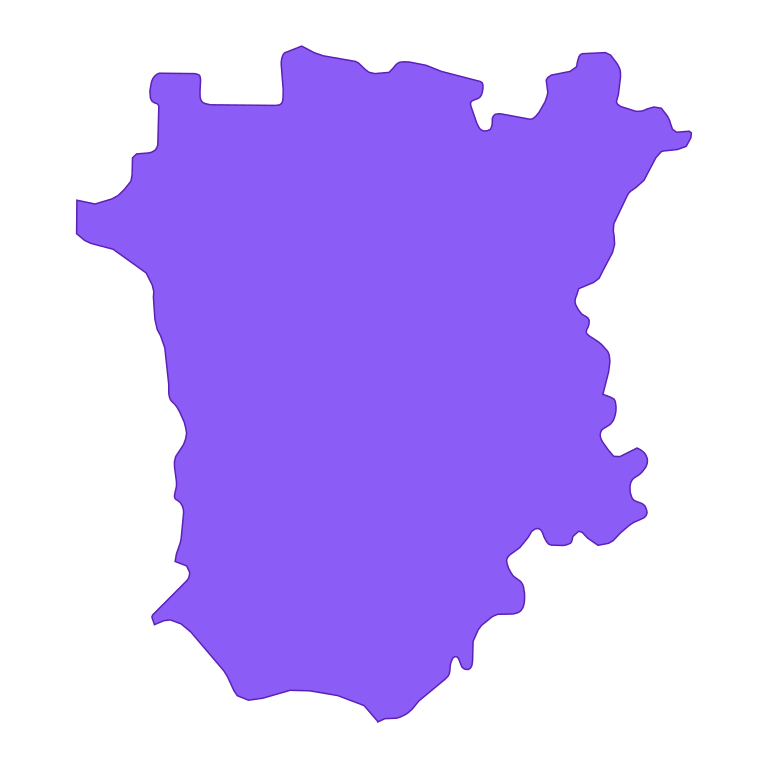 the border of Chechnya
{"feature_id": "RUS-2416", "entity_name": "Chechnya", "entity_type": "Republic", "adm_level": 1, "iso_a3": "RUS", "parent_name": "Russia", "parent_adm1": "", "projection": "equal_earth", "projection_center": [45.92, 43.243], "detail": "fine", "context": "isolated", "style": "filled", "palette": "violet", "viewbox_px": 768, "rotation_deg": 0, "n_neighbors": 0, "source": "natural_earth", "source_scale": "10m", "svg_char_len": 4794}
<svg xmlns="http://www.w3.org/2000/svg" viewBox="0 0 768 768"><path d="M248.5,700.2L237.3,695.7L233.9,690.6L230.2,682.6L227.6,676.9L223.9,670.9L190.8,632.0L181.1,623.9L170.2,619.9L163.8,620.7L154.4,624.7L154.1,623.5L152.1,617.9L151.9,617.0L152.6,615.0L186.9,580.6L188.7,577.9L189.4,575.2L189.7,572.5L186.6,565.9L175.1,561.5L176.4,554.0L180.4,542.4L181.2,538.1L183.6,512.7L183.4,509.6L182.5,506.3L180.3,502.6L178.3,500.9L176.4,499.8L175.0,498.5L174.4,496.4L175.0,492.6L176.3,487.2L176.5,484.9L176.4,481.2L174.5,466.9L174.4,461.8L175.7,456.5L183.5,444.7L185.5,439.3L186.6,433.3L185.9,428.8L184.3,422.3L179.7,412.0L177.1,407.4L174.8,404.3L171.7,401.4L170.5,399.8L169.4,397.0L168.8,393.6L168.7,384.1L164.8,347.9L160.6,335.8L157.3,329.7L154.9,319.3L153.4,297.1L153.8,291.7L152.2,284.9L146.1,272.9L113.0,249.2L99.5,245.7L90.7,243.3L84.6,240.4L76.6,233.7L76.9,200.2L94.9,204.0L111.7,199.0L118.0,195.6L124.2,189.6L130.9,181.2L132.1,174.7L132.5,157.8L136.6,153.9L148.0,153.0L151.4,152.3L155.1,150.2L156.8,147.7L157.8,145.0L158.8,106.4L158.0,104.4L156.4,103.4L154.1,102.7L151.9,101.1L150.4,98.0L149.9,91.3L150.8,85.3L151.7,81.3L152.9,78.5L154.4,76.4L156.8,74.3L159.3,73.2L194.8,73.6L197.6,74.3L199.6,75.4L200.3,77.5L200.6,80.0L200.0,91.4L200.1,96.8L200.6,99.1L201.5,101.1L203.1,102.6L205.2,103.6L210.6,104.8L275.6,105.4L279.4,104.9L281.5,103.5L282.6,101.1L283.0,98.5L283.2,89.9L281.2,64.3L281.3,61.3L281.8,58.4L282.9,55.1L284.1,53.4L284.9,52.7L301.7,46.1L314.2,52.7L323.3,55.8L355.3,61.4L358.3,62.8L365.3,69.5L368.8,72.2L374.8,73.6L389.0,72.4L393.1,68.2L396.0,64.6L397.7,63.3L399.7,62.2L403.7,61.8L409.3,62.0L426.1,65.3L441.4,71.4L480.4,81.5L482.3,82.9L482.9,85.0L483.0,87.6L482.7,90.3L482.2,92.6L481.7,94.2L481.0,95.7L479.8,97.3L478.0,98.5L473.6,100.2L471.7,101.1L470.6,102.7L470.6,104.5L471.0,106.4L476.9,123.4L478.9,127.3L480.1,129.0L481.8,130.3L484.4,131.0L487.3,130.7L490.4,129.4L491.7,126.5L492.2,123.7L492.4,118.2L493.4,116.0L495.2,114.3L498.8,113.7L501.8,114.0L529.8,119.2L532.4,118.9L535.6,116.5L539.1,112.2L545.0,101.9L546.9,96.6L547.8,92.4L546.2,80.1L547.8,77.5L551.3,75.1L570.1,71.4L576.7,66.6L577.1,63.2L578.3,58.6L579.1,56.4L580.4,54.6L582.2,53.7L605.4,52.6L610.6,55.1L616.5,62.8L618.1,65.4L619.9,69.2L620.3,71.2L620.5,72.8L620.5,77.2L618.4,94.4L616.4,101.8L617.6,104.3L620.7,106.5L635.9,111.3L639.0,111.3L642.5,110.9L647.6,108.8L653.9,107.0L661.3,108.2L667.3,115.9L669.7,120.6L670.2,122.6L672.5,129.3L676.6,132.2L689.3,131.2L691.4,132.9L690.9,137.8L686.2,146.4L677.5,149.5L663.5,151.0L661.2,151.7L655.8,157.8L644.0,180.3L635.8,187.6L630.5,191.3L629.2,192.6L628.3,193.8L627.4,195.3L613.9,223.6L613.3,230.5L614.2,236.7L614.6,244.4L612.5,252.5L602.6,271.3L599.1,278.3L593.7,282.4L578.7,288.7L577.4,292.7L576.9,294.5L575.3,298.8L575.0,301.9L575.8,305.0L578.3,309.6L580.2,312.2L582.1,314.3L586.1,316.6L588.0,318.1L589.2,320.3L589.0,324.1L588.2,326.8L587.0,329.0L586.3,331.1L586.6,333.4L588.7,335.5L598.6,342.0L602.0,344.9L607.6,351.3L608.5,353.0L609.2,355.0L609.5,357.3L609.9,361.9L608.6,372.0L602.9,394.3L611.1,397.4L614.2,399.3L615.3,401.5L616.0,406.2L616.0,409.8L615.6,413.1L615.0,415.8L614.2,418.2L613.3,420.4L612.0,422.3L610.6,424.0L608.9,425.3L603.3,428.7L601.7,430.2L600.7,432.2L600.2,434.5L600.4,436.9L601.2,439.3L602.7,442.1L608.1,449.7L613.7,456.3L619.9,456.6L637.1,448.0L640.7,449.9L643.9,452.4L645.3,454.1L646.3,456.0L647.1,458.1L647.5,460.5L647.2,463.5L645.9,467.0L642.2,471.9L639.6,474.4L637.1,476.1L635.4,477.1L634.1,478.0L633.1,478.9L631.9,480.3L630.8,482.6L630.0,485.8L630.1,491.5L630.9,494.8L631.8,497.5L632.8,499.0L633.8,500.1L635.0,500.9L641.7,503.4L643.6,504.6L645.1,506.2L646.0,508.2L646.7,510.4L647.1,512.7L646.3,515.2L644.2,517.7L633.5,522.5L629.3,525.3L620.3,533.1L613.1,540.7L608.6,543.3L598.0,545.3L587.7,538.2L583.8,534.1L582.4,532.4L578.7,531.3L572.9,536.4L571.8,541.3L570.4,543.3L566.2,545.0L562.9,545.5L551.2,545.1L549.0,544.3L547.4,542.8L546.2,541.1L544.1,537.2L542.6,533.0L541.6,531.0L540.2,529.4L537.9,528.5L535.1,529.0L531.7,531.3L528.0,537.6L519.7,547.7L509.9,554.8L508.5,556.3L507.2,558.0L506.6,560.3L507.0,563.5L508.6,568.2L510.6,572.0L512.8,575.5L514.1,576.7L520.1,581.0L521.5,582.6L522.6,584.4L523.4,586.5L524.5,593.2L524.6,594.7L524.6,598.7L524.3,602.5L523.7,605.2L522.8,607.9L520.7,610.9L517.9,612.7L513.3,614.0L497.9,614.3L495.1,615.3L492.1,616.8L481.7,625.2L478.2,629.8L473.1,641.3L472.6,660.5L472.1,664.5L471.5,666.4L470.2,668.4L468.2,669.5L465.1,669.3L463.1,668.2L461.6,666.5L459.2,660.2L458.3,658.3L456.9,656.8L455.0,656.6L452.9,658.0L451.1,662.0L450.3,665.3L449.8,671.2L449.3,673.7L448.3,675.9L445.0,679.3L418.8,701.0L412.4,708.9L408.1,712.8L405.4,714.6L399.9,717.2L396.6,718.2L384.8,718.7L377.9,721.9L377.9,721.6L364.1,705.6L337.8,695.6L309.5,690.8L290.1,690.3L262.9,698.2L248.5,700.2Z" fill="#8b5cf6" stroke="#5b21b6" stroke-width="1.5"/></svg>